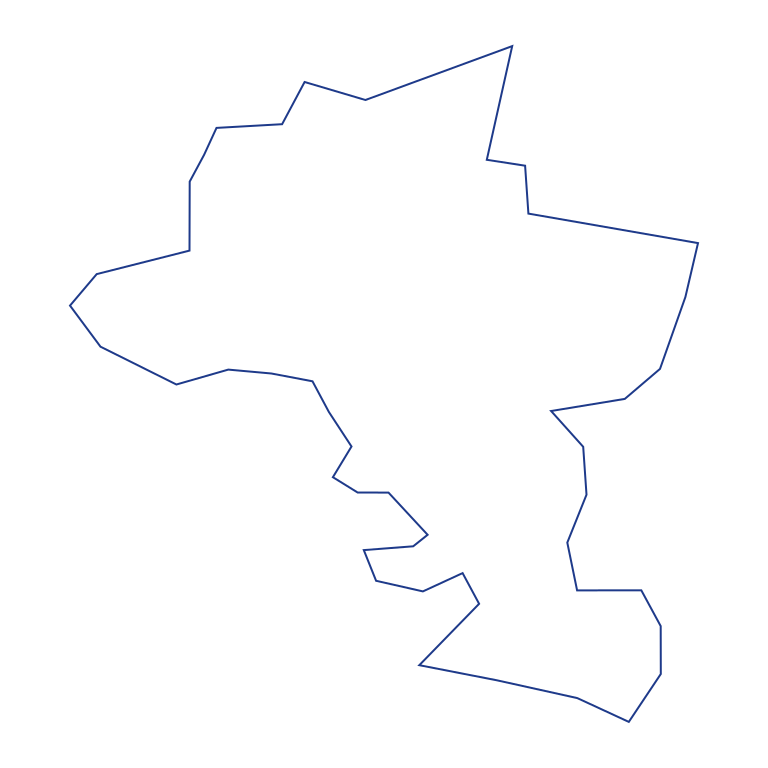 outline of Strencu
{"feature_id": "LVA-5795", "entity_name": "Strencu", "entity_type": "Municipality", "adm_level": 1, "iso_a3": "LVA", "parent_name": "Latvia", "parent_adm1": "", "projection": "albers", "projection_center": [25.772, 57.614], "detail": "fine", "context": "isolated", "style": "outline", "palette": "blue", "viewbox_px": 768, "rotation_deg": 0, "n_neighbors": 0, "source": "natural_earth", "source_scale": "10m", "svg_char_len": 699}
<svg xmlns="http://www.w3.org/2000/svg" viewBox="0 0 768 768"><path d="M357.6,492.5L332.9,477.2L351.5,446.5L328.9,412.0L312.5,381.3L271.4,373.5L228.3,369.6L176.4,384.5L149.9,371.3L100.5,346.7L70.0,305.6L96.7,274.1L189.5,250.6L189.7,181.6L204.1,154.8L216.5,127.9L282.1,124.2L304.6,82.0L365.4,100.0L512.2,46.1L486.8,159.8L525.1,165.7L528.4,213.6L698.0,243.1L685.4,297.0L660.0,368.9L624.8,398.9L551.1,411.0L583.2,446.8L586.5,494.7L567.3,542.6L577.1,590.4L641.3,590.3L660.7,626.1L660.8,674.0L628.8,721.9L577.3,698.1L496.9,680.3L419.3,665.2L479.1,603.8L462.6,573.1L422.9,591.4L376.1,580.8L363.8,550.1L413.2,546.3L427.6,534.8L388.5,492.6L357.6,492.5Z" fill="none" stroke="#1e3a8a" stroke-width="2"/></svg>